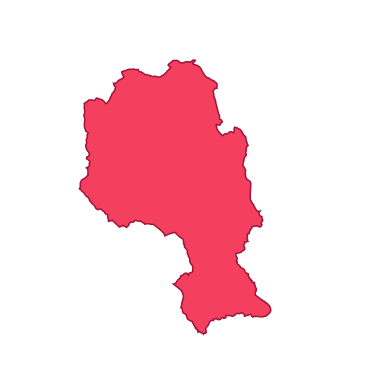 Junin, Manabi, Ecuador, rotated 43°
{"feature_id": "8360857B31956195822204", "entity_name": "Junin", "entity_type": "district", "adm_level": 2, "iso_a3": "ECU", "parent_name": "Ecuador", "parent_adm1": "Manabi", "projection": "albers", "projection_center": [-80.172, -0.94], "detail": "fine", "context": "isolated", "style": "filled", "palette": "rose", "viewbox_px": 384, "rotation_deg": 43, "n_neighbors": 0, "source": "geoboundaries", "source_scale": "gbopen_adm2", "svg_char_len": 6025}
<svg xmlns="http://www.w3.org/2000/svg" viewBox="0 0 384 384"><g transform="rotate(43 192 192)"><path d="M129.6,96.8L126.6,97.2L124.6,98.1L122.8,98.2L118.0,97.1L113.9,95.5L111.7,95.4L109.3,95.9L106.1,97.6L105.0,97.7L104.5,97.2L104.9,96.6L104.7,93.5L103.1,94.3L102.7,95.1L102.3,98.1L101.9,98.5L101.0,98.7L98.8,100.9L96.8,104.5L94.7,105.5L91.7,105.7L90.4,106.7L88.4,109.1L88.3,110.0L88.6,110.6L88.3,111.1L88.2,112.5L87.7,113.5L88.0,115.5L90.5,115.6L91.5,115.3L91.5,124.0L91.3,125.9L90.4,129.0L89.9,130.1L89.0,130.9L85.7,132.7L85.2,133.7L84.3,134.6L81.8,135.4L77.4,138.1L73.3,138.7L71.5,139.9L70.6,139.8L69.0,139.1L67.4,140.9L65.0,142.2L64.2,143.6L62.6,144.7L58.7,151.6L58.7,152.2L60.4,153.2L63.9,154.5L63.6,156.5L62.2,160.3L62.1,164.0L61.4,165.3L60.4,166.0L61.8,166.9L63.0,167.3L64.3,167.3L64.8,167.9L66.2,170.7L66.6,175.0L67.5,176.8L67.8,178.6L68.8,180.5L69.1,184.9L68.8,185.9L68.3,186.3L67.4,186.1L66.2,185.7L63.0,186.0L60.1,187.5L58.5,188.0L58.0,188.9L58.4,190.5L58.2,191.7L56.0,193.0L53.8,195.2L53.6,197.7L52.8,200.5L52.8,200.9L54.0,201.6L55.6,203.8L57.8,205.4L59.4,207.2L60.5,209.5L60.9,209.6L61.2,210.2L62.5,210.8L64.2,212.1L67.0,215.8L68.7,217.6L72.7,219.9L75.2,219.5L75.8,219.6L76.3,221.8L78.0,223.3L79.0,225.7L79.6,226.5L81.6,227.9L82.1,229.9L83.3,231.2L85.7,232.6L87.3,233.2L89.6,233.3L90.4,234.1L91.6,234.6L91.8,235.1L91.8,237.0L91.1,238.2L92.1,239.7L93.3,239.2L95.5,239.3L96.0,239.0L96.7,239.5L97.5,241.5L98.6,242.1L99.1,243.5L99.0,244.7L98.4,245.7L98.3,246.4L99.0,246.2L99.8,246.3L101.9,247.8L103.6,250.0L104.5,250.3L104.3,254.6L103.2,258.3L103.3,259.3L104.3,261.8L107.0,264.6L107.4,266.2L107.7,266.6L108.5,266.1L110.6,266.5L113.4,266.3L117.2,267.2L118.0,267.2L118.9,266.8L120.7,267.0L122.3,267.6L123.1,268.3L124.6,268.1L126.0,268.7L128.7,268.4L131.2,269.0L133.0,269.6L135.1,269.2L135.6,268.6L136.0,267.2L137.3,266.6L140.1,266.6L141.6,266.2L142.8,266.9L143.7,266.9L146.1,266.3L147.6,268.0L149.8,269.3L150.9,270.4L152.6,268.0L152.9,267.1L162.1,267.1L162.7,267.3L163.9,265.1L164.2,263.4L165.0,263.4L168.3,262.5L168.4,259.4L167.8,258.7L167.6,256.5L168.1,255.2L169.1,254.8L169.5,254.3L169.8,253.4L169.7,252.4L170.2,251.1L171.8,250.5L174.5,248.3L178.3,247.6L179.5,247.7L180.5,246.1L182.0,244.7L183.8,243.8L186.0,241.9L195.8,241.2L200.1,241.5L202.0,242.6L204.1,237.8L205.9,234.9L207.2,233.2L213.9,233.3L217.4,232.6L218.5,233.1L219.5,234.1L220.8,235.1L221.2,235.8L222.3,235.5L223.8,237.3L227.7,237.8L229.3,238.7L230.2,240.0L231.3,240.3L233.5,241.6L234.6,241.8L235.9,242.4L237.4,244.0L238.8,245.0L243.3,245.9L244.4,246.9L245.2,248.1L246.8,249.6L246.7,250.7L245.3,253.4L246.1,255.3L243.5,254.9L243.3,255.4L242.3,256.2L241.9,257.5L242.1,258.9L241.0,260.7L241.2,261.6L242.0,263.2L242.0,264.1L241.5,265.6L242.3,269.8L241.6,271.4L241.2,272.0L247.9,271.4L248.9,271.5L251.5,271.1L252.4,271.9L253.7,272.1L255.3,273.2L256.3,273.5L257.5,274.9L260.4,280.3L261.9,282.4L262.7,284.2L264.2,284.1L264.9,284.4L266.7,285.8L268.1,286.5L269.4,285.9L270.6,286.0L271.5,285.6L272.7,286.7L275.7,288.0L278.4,287.4L280.8,286.4L281.6,287.3L283.0,287.4L284.0,288.1L285.2,288.2L286.3,288.8L287.1,288.3L287.6,289.4L289.2,289.2L290.3,289.4L291.1,289.1L291.5,290.2L291.9,290.5L292.6,289.2L295.1,288.6L296.1,288.0L297.4,288.2L297.4,287.0L298.2,286.0L298.3,285.0L295.4,282.8L294.8,281.3L294.8,278.8L293.7,275.5L293.5,273.7L293.6,272.9L295.4,271.3L294.6,270.7L294.6,269.9L295.6,269.1L295.9,268.0L297.6,267.9L299.3,266.4L299.6,265.7L299.6,263.9L299.9,263.3L300.5,262.8L301.4,262.7L301.7,261.9L302.4,261.4L302.1,260.2L301.2,259.3L301.2,258.5L302.7,258.0L303.6,256.8L304.5,256.2L305.9,255.6L306.8,254.8L306.9,253.1L307.4,252.7L307.3,251.5L307.5,250.2L309.7,248.7L310.7,246.4L311.5,246.1L313.8,245.9L314.3,246.1L314.9,247.1L315.2,247.1L316.0,245.3L317.2,243.6L318.1,241.7L319.1,241.6L320.6,242.2L321.7,242.0L322.8,240.1L324.9,238.2L327.5,236.4L329.5,234.2L330.5,232.5L331.0,231.1L331.2,227.4L330.8,225.6L329.9,224.3L327.2,222.7L326.1,222.4L323.5,222.3L322.0,222.4L321.2,222.9L320.2,222.5L316.2,223.4L309.0,224.1L307.6,223.5L306.7,222.0L306.6,220.8L306.1,220.3L305.8,220.3L305.2,218.9L302.7,218.1L301.5,217.0L300.5,217.1L299.8,215.7L298.9,215.8L298.1,216.9L297.7,217.0L296.5,216.0L295.5,216.6L294.7,215.6L292.9,215.9L290.5,214.8L289.7,214.7L289.4,213.5L288.1,213.8L286.5,214.4L285.0,214.0L283.3,213.1L281.2,213.4L279.6,213.9L276.6,213.4L274.7,213.6L273.5,213.2L272.7,212.2L271.9,212.6L271.6,212.6L271.6,212.2L270.6,209.8L269.6,209.2L268.3,209.0L267.0,208.2L266.3,206.9L268.8,202.9L269.7,198.0L268.1,196.5L266.2,195.8L265.9,195.3L265.6,193.8L264.9,192.5L265.5,192.2L266.0,190.6L266.6,190.0L265.8,189.9L265.0,188.8L263.2,187.7L262.7,186.4L261.4,185.6L261.2,185.3L261.4,184.5L262.1,183.7L262.1,183.3L261.3,181.9L260.3,179.4L260.5,178.1L259.7,176.9L259.7,176.5L260.7,174.5L262.1,173.4L262.2,172.6L265.3,171.5L266.0,170.4L265.5,168.3L264.4,168.0L263.4,166.9L263.5,165.5L263.0,164.5L262.1,163.8L261.3,163.9L259.9,162.3L259.6,162.3L259.2,162.8L258.6,162.9L256.5,162.7L254.8,161.0L254.9,159.6L253.4,161.2L252.1,161.5L247.4,160.2L245.5,159.2L243.3,159.0L239.9,157.7L238.7,156.8L229.5,146.0L228.5,145.1L227.2,144.7L224.0,145.1L222.3,145.0L221.3,144.5L217.8,141.7L216.4,139.5L213.3,138.3L211.3,138.0L210.2,136.7L208.0,132.8L206.6,131.4L206.9,129.6L206.5,128.0L206.0,127.4L204.5,126.8L203.1,124.2L201.4,122.7L201.2,119.6L199.4,119.1L197.9,117.9L197.0,117.7L193.9,115.2L193.1,115.0L191.1,115.1L186.6,113.6L184.2,113.4L183.1,114.0L181.4,114.2L179.6,115.4L179.0,115.4L179.0,115.8L179.7,117.1L181.6,118.9L181.9,120.4L180.2,120.8L179.3,121.4L178.8,122.0L178.5,122.8L178.2,125.3L177.8,126.0L176.8,126.4L176.5,126.8L175.6,130.2L174.3,129.9L171.1,129.8L168.0,129.2L163.8,126.4L164.3,125.6L166.1,124.8L166.7,124.1L166.7,123.6L166.1,121.7L166.2,120.4L166.4,120.1L164.5,119.3L162.7,119.7L161.9,119.5L160.7,118.0L159.7,117.1L158.6,116.9L156.8,115.8L148.0,110.2L147.6,109.5L144.6,108.0L142.3,106.7L140.6,105.1L138.9,104.3L138.5,103.2L138.3,100.3L139.5,99.0L138.8,98.5L136.8,96.0L135.7,95.6L133.9,95.8L132.3,95.7L129.6,96.8Z" fill="#f43f5e" stroke="#9f1239" stroke-width="1.5"/></g></svg>